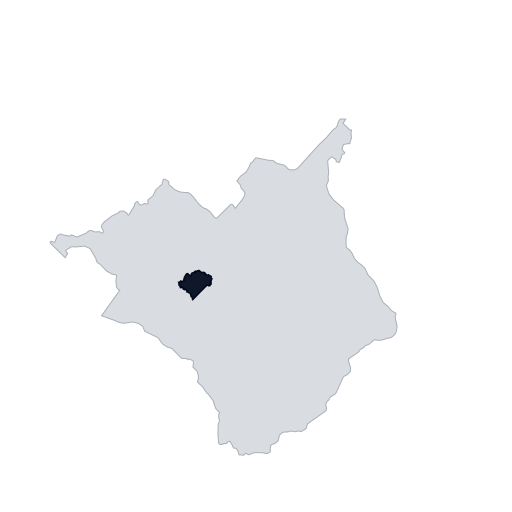 location of Lubao, Kasaï-Oriental, Democratic Republic of the Congo, rotated 134°
{"feature_id": "63176286B12881144084902", "entity_name": "Lubao", "entity_type": "district", "adm_level": 2, "iso_a3": "COD", "parent_name": "Democratic Republic of the Congo", "parent_adm1": "Kasaï-Oriental", "projection": "albers", "projection_center": [25.343, -5.578], "detail": "fine", "context": "in_parent", "style": "filled", "palette": "ink", "viewbox_px": 512, "rotation_deg": 134, "n_neighbors": 0, "source": "geoboundaries", "source_scale": "gbopen_adm2", "svg_char_len": 7883}
<svg xmlns="http://www.w3.org/2000/svg" viewBox="0 0 512 512"><g transform="rotate(134 256 256)"><path d="M406.3,325.6L375.2,330.2L375.8,332.0L375.5,333.9L374.7,335.3L371.6,339.1L366.9,342.7L366.8,343.5L369.2,347.5L370.6,352.9L370.2,362.4L370.8,365.0L370.7,367.0L369.1,369.2L365.9,380.6L368.0,386.2L374.1,391.4L377.6,395.2L383.6,396.7L384.6,396.5L385.0,393.3L389.8,392.1L389.6,412.4L389.3,413.6L388.4,413.8L387.2,413.2L386.9,411.2L385.6,410.4L379.8,412.8L378.3,412.8L376.7,412.3L375.5,411.3L375.1,409.7L371.1,403.8L369.0,403.4L366.8,398.0L357.6,394.1L354.0,393.7L352.2,392.5L350.4,388.3L347.3,385.6L346.6,382.6L346.0,382.2L344.1,382.8L342.5,387.5L340.4,388.6L336.6,388.8L327.1,387.4L320.4,384.9L318.6,385.1L315.9,382.9L314.8,379.2L315.4,376.4L314.9,376.0L304.6,378.3L302.1,379.8L299.7,379.4L299.0,378.7L300.0,376.7L299.5,374.6L298.8,373.6L295.7,372.9L294.7,370.6L292.9,370.3L292.2,370.6L291.8,372.1L290.7,372.7L284.5,371.9L278.1,374.0L269.5,373.5L265.4,375.9L264.8,375.8L263.9,374.6L263.1,370.7L263.5,369.7L264.8,368.9L265.2,367.3L264.8,363.3L265.1,362.4L264.6,360.1L263.3,356.4L261.5,353.4L257.6,348.9L256.9,346.8L257.1,341.7L258.3,333.7L258.1,327.8L256.5,323.9L256.1,319.8L257.1,312.3L256.1,310.5L236.4,310.0L235.6,309.4L235.2,308.4L236.1,304.0L224.1,305.2L220.5,306.1L218.3,307.9L217.6,310.2L217.6,313.5L215.8,316.6L215.3,321.8L212.0,322.4L208.7,322.5L202.3,321.4L196.1,323.0L193.1,324.4L191.5,323.8L185.9,324.4L185.2,324.0L178.6,313.7L175.7,310.3L175.2,308.6L175.4,307.0L174.6,304.9L171.5,299.6L170.9,297.1L171.0,293.2L170.6,291.9L167.9,288.6L166.1,287.6L164.2,287.0L132.0,288.0L121.3,287.6L113.6,288.2L109.6,288.0L108.5,287.5L105.0,288.3L103.1,289.7L100.4,290.5L98.6,290.3L95.2,286.5L99.8,285.7L100.1,285.3L100.2,276.1L99.0,274.8L101.4,273.2L105.2,269.0L109.0,267.5L109.5,266.6L110.3,266.7L111.8,268.4L115.1,270.5L119.2,268.5L119.6,267.9L120.1,263.9L121.1,263.6L122.8,264.4L123.8,264.4L125.6,263.2L130.8,261.1L132.4,263.6L131.0,265.9L131.7,267.6L131.8,270.1L132.7,270.6L136.9,270.8L138.1,270.2L146.1,261.0L148.2,259.9L151.6,256.2L156.2,254.5L158.1,251.6L160.7,246.5L161.8,239.2L161.1,226.5L161.5,224.8L166.9,219.0L172.5,208.6L176.3,205.8L179.2,204.7L183.6,200.8L187.1,197.0L186.6,192.4L187.4,188.6L189.3,183.8L189.8,178.7L189.1,173.3L189.3,169.0L191.9,161.9L192.0,153.9L194.3,147.2L199.0,138.6L201.1,132.2L200.6,126.0L201.2,121.4L200.9,118.7L200.0,116.4L200.5,114.9L202.3,114.3L204.5,111.9L208.5,105.7L212.8,102.7L215.8,101.7L219.0,101.8L221.1,102.3L224.4,104.7L228.3,106.6L231.2,108.9L234.0,112.6L240.8,113.4L243.7,114.7L245.5,115.2L246.2,114.8L247.6,115.0L250.8,116.1L253.3,115.5L265.9,117.9L267.3,116.6L270.8,110.2L273.4,108.0L277.7,107.8L281.1,109.0L282.9,109.0L298.3,103.5L300.3,103.2L305.9,104.5L309.6,103.6L311.0,103.9L314.2,102.9L316.8,99.1L318.9,98.2L341.1,102.4L344.5,100.3L346.1,100.1L351.0,101.6L352.5,104.0L355.5,106.0L357.6,109.3L360.9,111.2L362.5,113.0L364.5,114.3L368.5,114.7L373.6,111.7L377.3,112.1L380.9,113.7L382.1,113.7L384.9,111.9L386.3,110.1L387.7,109.7L389.9,110.5L391.6,112.3L393.1,114.8L398.6,120.6L404.0,123.1L405.3,126.6L407.2,126.3L408.2,126.7L409.6,128.9L410.5,129.4L410.7,130.3L409.3,132.4L408.1,136.4L409.7,138.9L408.3,142.5L407.5,146.2L409.2,147.1L411.5,147.1L413.5,149.0L415.1,149.4L416.8,151.4L416.4,153.1L411.1,159.1L403.1,166.5L400.4,167.4L399.0,168.8L398.0,170.9L395.7,172.8L393.9,173.5L393.7,178.9L391.0,184.4L390.0,185.6L388.5,194.6L388.8,196.2L387.2,203.6L387.4,210.5L383.6,212.7L381.0,216.1L379.8,218.5L379.8,224.1L375.5,227.5L375.2,228.3L376.2,232.3L377.8,232.9L377.8,234.3L381.3,238.6L381.0,251.7L381.2,253.0L383.0,256.2L384.2,262.2L382.8,269.7L387.4,283.7L385.3,288.8L386.2,293.7L389.0,298.8L395.7,303.9L397.4,306.0L399.1,308.8L400.6,313.1L406.3,325.6Z" fill="#d9dde1" stroke="#a8b0b8" stroke-width="1"/><path d="M329.9,284.1L329.6,284.0L329.5,283.9L329.4,283.9L329.0,283.6L328.9,283.5L328.9,283.2L329.0,282.9L328.9,282.8L328.6,282.4L328.6,282.2L328.8,281.9L328.8,281.5L328.9,281.4L329.0,281.3L329.3,281.4L329.5,281.1L329.7,280.8L329.8,280.7L329.7,280.6L329.4,280.4L329.4,280.0L329.1,279.8L329.1,279.6L329.1,279.2L329.1,278.9L329.1,278.7L328.9,278.3L328.8,278.0L328.7,277.6L328.7,277.1L328.8,276.9L329.0,276.7L329.1,276.3L329.2,276.1L329.2,275.8L329.3,275.6L329.6,275.4L329.8,275.3L329.9,275.2L330.1,274.8L330.1,274.6L330.2,274.4L330.2,274.2L330.1,273.6L330.1,273.4L330.2,272.8L330.2,272.7L331.1,271.8L331.3,271.5L331.4,271.4L331.4,271.2L330.6,271.3L328.5,271.2L321.1,271.2L315.5,271.1L313.7,271.1L311.1,271.0L311.0,270.9L310.9,270.9L310.7,270.7L310.7,270.4L310.5,270.2L310.4,269.9L310.2,269.7L310.3,269.4L310.2,269.1L309.8,268.7L309.7,268.4L309.7,268.5L309.4,268.5L309.2,268.6L309.0,268.8L308.9,268.9L308.7,269.0L308.3,269.0L308.0,268.9L307.9,268.9L307.7,268.9L307.4,268.8L307.3,269.0L307.2,269.1L307.0,269.3L307.2,269.5L307.3,269.7L307.3,269.8L307.4,270.0L307.5,270.3L307.4,270.5L307.2,270.4L306.9,270.2L306.7,270.2L306.3,270.0L306.2,270.0L305.9,270.1L305.8,270.3L305.7,270.5L305.5,270.8L305.4,270.9L305.3,271.2L305.2,271.2L304.8,271.2L304.7,271.2L304.4,271.3L304.2,271.5L303.9,271.6L303.5,271.7L303.3,271.8L303.2,271.8L302.9,272.0L303.0,272.2L303.0,272.3L303.0,272.5L302.9,272.7L302.9,272.8L302.9,273.0L302.9,273.3L302.8,273.5L302.7,273.7L302.7,273.8L302.6,274.0L302.3,274.0L302.1,274.0L301.9,274.0L301.9,274.4L302.0,274.5L302.1,274.8L302.1,275.0L302.2,275.4L302.3,275.6L302.4,275.8L302.5,276.3L302.5,276.6L302.6,276.8L302.5,277.1L302.9,277.3L303.0,277.4L303.2,277.5L303.6,277.7L303.8,277.8L304.0,277.9L304.1,278.0L304.1,278.4L304.1,278.6L304.0,278.8L303.9,279.1L303.8,279.3L303.8,279.6L303.8,279.8L304.0,279.9L304.1,280.0L304.3,280.1L304.6,280.3L304.6,280.5L304.4,280.7L304.3,280.8L304.2,280.9L304.0,281.0L303.7,281.2L303.6,281.3L303.7,281.5L303.8,281.8L304.0,282.0L304.2,282.4L304.5,282.7L304.8,283.0L305.0,283.1L305.3,283.2L305.3,283.3L305.3,283.5L305.5,283.7L305.8,283.7L305.8,284.0L306.0,284.5L305.9,285.2L305.8,285.3L305.9,285.8L305.9,286.0L305.9,286.3L305.9,286.7L306.0,287.0L306.3,287.1L306.6,287.3L306.8,287.3L307.0,287.6L307.3,287.8L307.5,287.9L307.8,287.9L308.0,287.9L308.4,287.9L308.5,288.0L308.8,288.2L308.8,288.4L308.8,288.5L308.7,288.7L308.8,288.9L308.9,289.0L309.0,289.1L309.4,289.2L309.7,289.2L309.8,289.1L310.1,288.9L310.3,288.7L310.5,288.7L310.7,288.9L310.8,289.2L311.1,289.4L311.3,289.4L311.4,289.5L311.6,289.5L311.8,289.6L312.0,289.7L312.2,289.9L312.4,290.0L312.6,290.1L312.9,290.2L313.1,290.1L313.7,290.1L314.2,289.9L314.3,289.8L314.3,289.7L314.6,289.6L314.7,289.4L314.8,289.4L315.1,289.3L315.5,289.1L316.0,289.1L316.0,289.4L316.0,289.8L316.1,290.3L316.1,290.9L316.1,291.3L316.2,291.5L316.3,291.6L316.3,291.8L316.4,292.1L316.2,292.3L316.0,292.6L316.0,292.8L316.3,293.1L316.5,293.2L317.0,293.5L317.4,293.5L318.0,293.2L318.3,293.2L318.4,293.3L318.5,293.4L319.0,293.3L319.1,293.2L319.5,292.9L319.8,292.9L320.1,292.8L320.2,292.7L320.3,292.8L320.7,292.8L320.8,292.7L321.3,292.6L321.5,292.5L321.5,292.4L321.6,292.2L321.8,292.1L322.1,291.9L322.3,291.9L322.5,291.7L322.8,291.6L323.1,291.6L323.3,291.5L323.4,291.4L323.5,291.2L323.7,290.9L323.5,290.7L323.9,290.6L324.1,290.6L324.3,290.6L324.6,290.9L324.9,291.0L325.0,291.1L325.3,291.3L325.6,291.4L325.8,291.6L326.0,291.8L326.0,292.1L326.0,292.3L326.1,292.6L326.3,292.8L326.4,292.7L326.5,292.3L326.5,292.1L326.6,291.8L326.7,291.7L326.9,291.6L327.1,291.6L327.3,292.5L327.6,292.6L327.8,292.7L327.9,292.9L328.0,293.1L328.4,293.1L328.6,293.0L328.7,292.9L328.8,293.1L329.1,292.5L329.2,292.2L329.6,292.0L330.0,291.7L330.2,291.4L330.4,291.0L330.5,290.7L330.1,290.2L330.0,289.8L330.0,289.6L330.1,289.4L330.3,289.3L330.5,289.3L330.8,289.3L331.1,288.7L330.6,288.8L330.4,288.7L330.2,288.6L329.9,288.4L329.9,288.1L330.2,287.9L330.4,287.8L330.3,287.4L330.1,287.1L329.9,287.1L329.7,286.4L329.8,285.9L330.0,285.7L330.3,285.5L330.3,285.4L330.3,285.2L330.2,285.0L330.1,284.9L330.0,284.7L329.9,284.4L329.9,284.2L329.9,284.1Z" fill="#0f172a" stroke="#020617" stroke-width="1.5"/></g></svg>